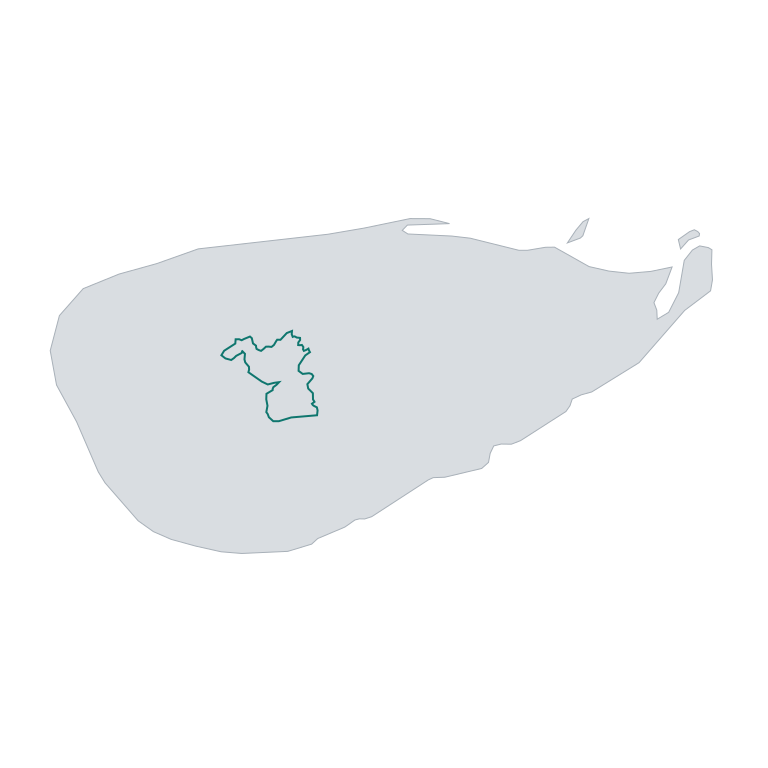 location of Mahanuvara within Sri Lanka, rotated 88°
{"feature_id": "LKA-2448", "entity_name": "Mahanuvara", "entity_type": "District", "adm_level": 1, "iso_a3": "LKA", "parent_name": "Sri Lanka", "parent_adm1": "", "projection": "robinson", "projection_center": [80.641, 7.216], "detail": "fine", "context": "in_parent", "style": "outline", "palette": "teal", "viewbox_px": 768, "rotation_deg": 88, "n_neighbors": 0, "source": "natural_earth", "source_scale": "10m", "svg_char_len": 2438}
<svg xmlns="http://www.w3.org/2000/svg" viewBox="0 0 768 768"><g transform="rotate(88 384 384)"><path d="M261.3,51.6L275.9,52.5L291.4,52.1L302.3,54.4L320.9,80.9L371.6,128.4L399.2,176.7L401.7,187.2L405.6,196.4L412.2,198.9L417.8,203.1L445.4,249.6L448.6,258.8L448.1,269.0L449.7,276.5L457.0,280.3L466.0,282.3L471.8,289.3L479.3,326.5L479.3,338.1L481.4,343.1L516.2,401.0L518.2,408.0L517.9,413.3L518.9,417.8L525.6,428.1L536.1,455.6L541.5,461.9L547.9,486.0L548.4,532.1L546.0,552.6L539.5,577.6L531.9,602.0L523.5,619.6L512.1,634.5L473.1,666.2L461.9,672.6L411.1,692.5L373.6,711.3L339.0,716.4L304.3,706.0L278.2,681.3L264.9,645.0L255.8,607.1L242.5,565.0L232.4,434.9L227.5,398.5L219.6,352.2L220.4,332.2L226.0,312.9L226.0,355.1L231.1,360.4L234.9,354.9L238.5,311.2L241.3,292.7L255.1,244.5L255.4,236.0L253.0,217.9L253.2,208.8L273.8,175.0L279.0,155.3L281.9,135.2L280.8,113.5L277.1,92.0L293.7,98.9L302.8,106.3L312.1,111.4L319.7,108.8L328.8,108.7L322.3,97.0L303.0,86.3L270.9,79.6L260.9,71.1L257.0,63.7L259.0,55.1L261.3,51.6ZM245.0,182.7L249.4,195.8L236.9,186.8L228.7,179.4L225.8,173.5L242.8,180.1L245.0,182.7ZM259.4,82.9L249.9,84.8L242.4,73.3L240.7,68.5L242.6,65.1L244.7,63.4L247.1,63.9L250.7,74.6L259.4,82.9Z" fill="#d9dde1" stroke="#a8b0b8" stroke-width="1"/><path d="M334.1,530.7L334.2,527.3L335.3,524.7L334.2,522.5L331.9,516.3L333.6,514.5L338.9,513.5L341.2,510.6L342.9,510.5L344.5,510.1L345.7,508.0L346.6,505.7L344.8,503.2L342.6,500.7L342.6,498.2L343.0,495.1L341.1,492.6L337.3,490.2L336.0,489.2L336.2,485.9L329.7,479.4L327.8,474.1L331.0,474.5L333.7,473.6L333.4,472.8L333.3,471.7L333.8,470.7L334.5,469.7L335.0,466.3L337.1,466.3L339.5,468.2L342.1,468.4L342.3,466.6L342.1,464.7L344.3,463.3L346.5,463.7L348.1,462.9L347.2,460.5L346.0,458.3L347.8,457.8L349.6,456.9L352.7,461.7L362.3,468.5L367.9,468.9L371.1,464.9L370.6,458.5L371.5,455.9L373.6,454.4L375.9,455.4L381.5,460.6L385.9,459.9L390.7,455.4L396.9,455.5L399.4,454.1L401.2,456.7L402.4,456.0L403.3,455.0L405.0,451.9L408.1,451.3L412.9,452.0L414.2,477.9L417.5,490.4L417.3,496.0L413.2,500.2L409.9,501.3L408.0,502.6L401.7,501.2L395.2,502.2L389.7,501.8L386.2,495.5L384.9,495.4L383.3,494.7L381.1,491.5L378.5,488.8L379.0,493.8L380.4,500.2L377.3,506.1L367.5,519.1L364.9,518.3L362.0,518.4L357.6,521.9L354.5,522.6L349.0,521.9L345.6,525.0L346.8,524.5L348.0,525.1L350.7,530.7L352.9,533.1L354.7,535.9L352.9,541.6L349.6,545.5L345.2,542.6L338.4,531.2L334.1,530.7Z" fill="none" stroke="#0f766e" stroke-width="2"/></g></svg>